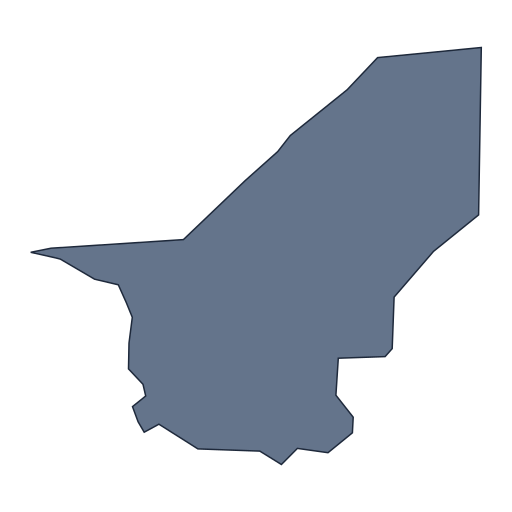 Ayérou, Tillabéri, Niger (Robinson projection)
{"feature_id": "23599985B66518443893936", "entity_name": "Ayérou", "entity_type": "district", "adm_level": 2, "iso_a3": "NER", "parent_name": "Niger", "parent_adm1": "Tillabéri", "projection": "robinson", "projection_center": [1.048, 14.94], "detail": "fine", "context": "isolated", "style": "filled", "palette": "slate", "viewbox_px": 512, "rotation_deg": 0, "n_neighbors": 0, "source": "geoboundaries", "source_scale": "gbopen_adm2", "svg_char_len": 580}
<svg xmlns="http://www.w3.org/2000/svg" viewBox="0 0 512 512"><path d="M144.2,432.2L158.9,424.2L197.9,448.9L259.8,451.1L281.4,464.5L297.4,448.4L328.0,452.7L352.4,432.8L353.2,417.2L335.9,395.2L338.3,358.2L385.1,356.6L392.2,348.6L394.1,297.1L433.5,251.4L478.6,214.9L481.3,47.5L377.6,57.6L347.1,89.8L290.3,135.5L277.7,151.6L245.3,180.5L183.4,239.6L51.0,248.2L30.7,252.3L56.1,258.0L60.3,259.1L94.6,279.2L118.3,284.8L126.3,302.6L132.3,317.3L129.0,343.1L128.5,368.9L143.0,384.3L145.7,396.0L132.5,406.6L138.1,421.8L144.2,432.2Z" fill="#64748b" stroke="#1e293b" stroke-width="1.5"/></svg>